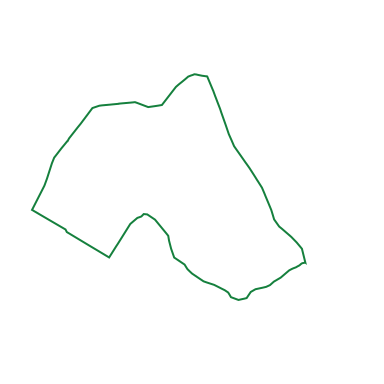 outline of Sabah, Al Bayda', Yemen, rotated 304°
{"feature_id": "15242507B50652394578350", "entity_name": "Sabah", "entity_type": "district", "adm_level": 2, "iso_a3": "YEM", "parent_name": "Yemen", "parent_adm1": "Al Bayda'", "projection": "robinson", "projection_center": [44.675, 14.271], "detail": "fine", "context": "isolated", "style": "outline", "palette": "green", "viewbox_px": 384, "rotation_deg": 304, "n_neighbors": 0, "source": "geoboundaries", "source_scale": "gbopen_adm2", "svg_char_len": 2040}
<svg xmlns="http://www.w3.org/2000/svg" viewBox="0 0 384 384"><g transform="rotate(304 192 192)"><path d="M196.8,325.4L196.8,325.5L206.4,314.9L206.9,313.2L208.7,307.0L210.3,299.4L211.8,287.0L212.1,283.6L215.2,275.4L218.0,272.0L221.4,267.8L225.3,261.9L229.7,255.2L231.2,253.0L234.7,247.6L237.5,241.2L237.7,240.9L237.9,240.2L239.7,236.2L241.7,231.6L244.1,226.0L245.8,221.5L246.4,219.8L248.3,214.9L252.3,204.4L253.5,201.3L257.1,195.7L260.6,190.1L266.3,182.6L274.3,171.8L275.3,170.5L275.4,170.4L276.7,168.7L280.8,162.8L283.7,158.7L284.5,157.5L284.6,157.4L287.2,153.8L288.0,152.7L288.2,152.3L296.1,140.3L296.3,140.0L296.1,139.4L295.7,138.8L294.9,137.1L294.0,135.3L292.6,131.9L291.8,129.8L290.9,128.1L289.5,127.2L288.5,126.4L288.0,126.0L285.5,124.3L284.7,124.1L281.4,123.2L280.7,123.0L280.4,122.9L277.7,122.1L275.5,121.4L273.5,120.8L270.1,119.9L247.3,118.4L244.9,115.9L242.5,113.3L240.7,111.3L237.9,108.2L235.2,96.8L235.0,95.9L234.9,95.8L234.8,95.3L234.6,94.5L233.5,93.2L232.0,91.4L224.4,82.0L224.2,82.0L219.6,76.4L219.0,75.7L213.3,68.7L211.7,66.9L207.1,63.4L205.9,62.5L186.0,61.5L181.6,61.1L167.7,60.1L164.6,60.4L164.5,60.2L155.0,59.3L144.1,58.6L143.6,58.5L137.5,59.8L122.0,64.3L114.7,66.1L87.7,69.4L89.0,89.8L90.2,108.1L88.8,110.6L90.0,134.0L91.4,159.9L105.0,159.5L107.0,159.5L113.3,159.3L122.0,159.0L130.9,158.7L131.0,158.7L133.9,159.5L140.0,161.2L141.7,162.5L143.4,163.7L146.7,164.3L148.1,166.9L148.4,167.4L148.4,167.5L148.4,176.8L144.2,190.9L143.4,193.6L142.4,196.8L138.9,200.1L133.3,206.4L127.7,213.9L127.7,226.4L126.0,230.2L125.5,231.4L124.9,234.6L124.4,237.7L124.4,251.5L125.2,254.6L127.4,262.3L128.2,268.6L128.4,270.3L128.9,274.0L128.9,278.2L128.4,279.3L128.2,279.8L126.6,283.1L128.5,290.9L130.1,292.4L132.1,294.3L132.7,294.9L134.6,296.6L142.0,296.6L146.9,299.0L152.3,304.2L154.8,306.5L158.4,308.7L163.5,310.0L170.6,313.4L181.4,316.4L182.7,317.1L184.0,317.8L185.3,318.6L186.7,319.6L187.4,320.1L187.9,320.4L189.4,321.1L190.6,321.8L191.9,322.3L193.2,322.6L194.6,323.2L196.8,325.4Z" fill="none" stroke="#15803d" stroke-width="2"/></g></svg>